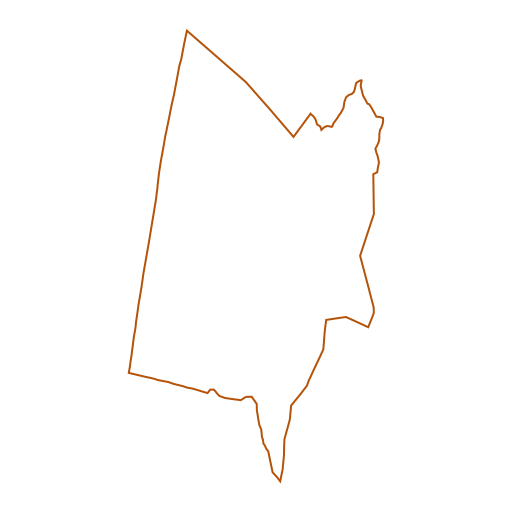 the district of Bejucal de Ocampo, Chiapas, Mexico
{"feature_id": "50627088B40771166134628", "entity_name": "Bejucal de Ocampo", "entity_type": "district", "adm_level": 2, "iso_a3": "MEX", "parent_name": "Mexico", "parent_adm1": "Chiapas", "projection": "equal_earth", "projection_center": [-92.152, 15.488], "detail": "fine", "context": "isolated", "style": "outline", "palette": "amber", "viewbox_px": 512, "rotation_deg": 0, "n_neighbors": 0, "source": "geoboundaries", "source_scale": "gbopen_adm2", "svg_char_len": 3258}
<svg xmlns="http://www.w3.org/2000/svg" viewBox="0 0 512 512"><path d="M280.2,481.3L280.4,480.5L282.0,472.3L282.6,469.8L283.0,465.6L283.7,458.1L284.0,454.5L284.1,449.6L284.1,447.1L284.3,442.5L284.5,439.0L285.8,434.3L288.2,425.6L289.8,419.6L290.1,416.8L290.8,408.9L291.2,405.4L295.6,400.1L299.7,395.1L300.5,394.1L304.7,388.6L307.0,385.6L307.9,382.9L308.7,380.7L310.6,376.7L313.8,369.7L317.1,362.8L320.2,356.2L323.3,349.4L323.9,342.4L324.4,335.4L324.9,330.0L326.2,319.9L329.6,319.4L336.9,318.3L343.8,317.3L345.9,317.0L352.6,320.0L358.1,322.5L363.1,324.8L363.9,325.2L368.2,327.2L370.3,322.0L371.8,318.2L372.5,316.5L373.8,313.0L373.7,307.4L373.3,305.9L370.8,296.4L369.9,293.1L368.9,288.9L366.9,281.5L366.0,278.0L360.1,255.8L373.9,213.9L373.8,209.8L373.3,174.2L375.0,173.4L376.4,172.7L377.2,172.3L377.9,167.6L378.2,166.0L378.6,164.7L378.9,162.0L378.2,158.8L378.1,158.5L377.5,155.5L377.1,154.5L376.5,153.1L375.8,150.5L375.8,150.2L375.4,148.7L377.0,145.8L377.3,145.2L377.5,144.7L378.4,142.6L379.1,140.6L379.2,138.9L379.4,136.9L379.3,135.4L379.3,134.9L379.8,131.1L380.1,129.7L380.7,128.9L381.1,128.3L381.8,126.4L382.7,123.7L382.8,123.0L383.2,120.4L382.9,118.0L380.9,117.4L379.4,116.9L378.1,116.9L376.3,116.6L372.3,109.2L371.3,107.3L369.0,104.1L367.8,103.8L367.5,103.6L367.3,103.4L364.9,98.8L363.1,95.8L360.7,86.2L360.8,84.7L361.6,80.5L361.5,80.3L359.9,80.6L356.3,82.8L355.6,85.4L354.9,88.7L353.9,91.9L351.6,94.1L349.9,94.5L348.2,95.5L346.0,97.4L345.2,99.8L344.5,101.3L344.0,104.6L343.5,107.9L341.0,112.6L338.7,115.8L336.9,118.7L335.4,120.7L333.4,123.4L332.5,126.0L331.7,126.9L330.2,126.5L328.2,126.1L326.7,126.1L325.2,126.8L323.9,127.5L321.4,129.9L320.8,128.0L320.0,126.2L318.0,125.1L317.0,124.2L315.8,120.1L314.6,117.9L313.1,116.0L311.4,114.6L310.6,113.7L293.5,136.9L270.5,110.0L245.9,82.1L203.0,44.7L186.9,30.7L184.0,44.6L181.3,59.0L179.2,66.5L177.5,75.9L173.7,96.1L173.6,96.3L172.4,101.6L171.2,107.0L169.3,116.8L165.9,133.4L165.4,135.4L163.8,145.0L160.7,162.0L159.0,173.1L157.8,183.8L157.7,184.0L157.3,189.3L156.8,192.4L156.8,192.6L156.1,198.4L155.9,199.7L155.9,199.9L148.8,242.8L143.3,274.2L142.2,282.4L142.1,282.7L141.2,289.1L141.1,289.3L140.0,296.1L138.8,302.8L138.2,307.1L137.5,312.1L136.0,322.3L135.5,327.6L134.8,331.8L133.9,336.6L132.0,351.6L131.1,358.2L130.5,361.6L130.5,361.9L130.0,365.9L128.8,372.9L138.5,375.2L139.8,375.5L141.8,376.0L145.3,376.8L146.1,377.0L151.6,378.1L154.8,379.0L157.2,379.8L158.1,380.1L160.9,380.6L162.2,380.9L167.2,381.8L168.2,382.0L171.6,383.2L173.7,383.9L176.5,384.6L178.6,385.1L181.0,385.7L183.3,386.3L183.5,386.4L187.6,387.7L192.2,388.5L200.0,390.8L201.1,391.2L204.3,392.1L207.5,393.1L210.2,389.7L211.3,389.6L213.7,389.6L215.3,391.1L215.9,392.0L217.4,393.9L219.5,396.0L222.6,397.1L225.4,398.1L227.1,398.3L229.2,398.6L231.9,399.0L234.0,399.3L236.0,399.5L236.3,399.6L238.2,399.8L240.7,400.2L242.1,399.3L244.3,397.9L246.1,396.9L248.9,396.8L251.2,396.8L251.7,396.7L252.6,398.1L254.2,400.3L254.4,400.5L256.0,402.9L256.7,403.9L256.9,410.5L258.0,417.1L258.0,417.6L258.9,422.6L259.3,424.8L260.4,427.5L261.3,429.6L261.7,434.2L262.1,437.6L262.9,439.4L263.2,441.6L263.5,443.7L264.9,445.6L265.8,447.8L266.9,449.6L268.2,451.2L272.6,472.3L274.4,474.3L277.6,477.8L278.8,479.5L280.2,481.3Z" fill="none" stroke="#b45309" stroke-width="2"/></svg>